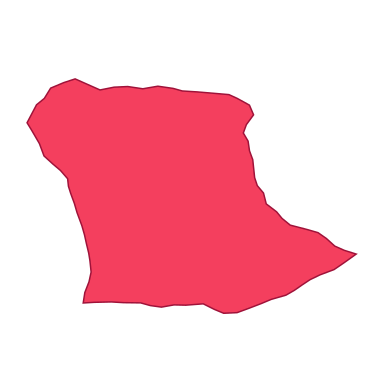 outline of Pinhais, Paraná, Brazil, rotated 264°
{"feature_id": "56859067B39205088025150", "entity_name": "Pinhais", "entity_type": "district", "adm_level": 2, "iso_a3": "BRA", "parent_name": "Brazil", "parent_adm1": "Paraná", "projection": "equal_earth", "projection_center": [-49.159, -25.426], "detail": "fine", "context": "isolated", "style": "filled", "palette": "rose", "viewbox_px": 384, "rotation_deg": 264, "n_neighbors": 0, "source": "geoboundaries", "source_scale": "gbopen_adm2", "svg_char_len": 1082}
<svg xmlns="http://www.w3.org/2000/svg" viewBox="0 0 384 384"><g transform="rotate(264 192 192)"><path d="M93.0,72.2L92.5,83.3L91.1,100.3L89.1,112.4L87.1,129.3L83.4,138.7L80.7,149.6L81.6,162.3L80.1,174.0L79.6,191.5L72.9,202.0L68.1,210.8L67.3,224.2L70.3,236.1L73.8,249.2L76.9,259.5L79.6,274.7L83.5,283.5L87.9,291.5L92.5,300.3L96.2,310.6L100.0,325.2L106.0,336.3L113.1,348.8L118.1,337.3L123.3,328.3L131.6,320.9L138.4,313.1L142.5,303.0L148.8,286.2L156.3,278.8L163.4,274.1L172.4,264.6L183.5,263.0L191.5,257.6L199.7,255.8L208.0,255.8L217.8,255.8L226.9,253.5L236.7,253.1L245.3,249.2L253.3,253.1L262.3,261.3L272.4,258.2L280.4,246.7L285.0,238.9L287.5,226.0L291.0,207.7L293.5,192.9L297.0,184.1L300.8,169.1L299.8,153.9L303.6,139.1L304.4,125.4L303.1,111.2L316.7,87.6L314.2,75.9L310.1,62.3L300.5,54.9L295.0,46.5L278.1,35.2L269.9,39.1L256.1,45.3L243.3,48.6L234.3,56.6L227.2,63.4L218.2,69.7L210.6,69.7L203.3,71.2L193.0,73.8L183.6,75.5L169.8,79.0L160.6,80.6L151.7,81.6L141.9,82.9L134.2,83.3L122.9,83.3L113.5,80.2L103.2,74.9L93.0,72.2Z" fill="#f43f5e" stroke="#9f1239" stroke-width="1.5"/></g></svg>